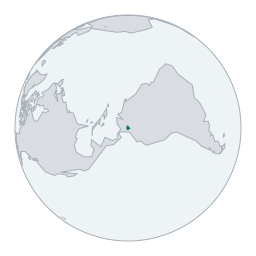 Caldas on an orthographic globe, rotated 286°
{"feature_id": "COL-1397", "entity_name": "Caldas", "entity_type": "Department", "adm_level": 1, "iso_a3": "COL", "parent_name": "Colombia", "parent_adm1": "", "projection": "orthographic", "projection_center": [-75.309, 5.29], "detail": "fine", "context": "on_globe", "style": "filled", "palette": "teal", "viewbox_px": 256, "rotation_deg": 286, "n_neighbors": 0, "source": "natural_earth", "source_scale": "10m", "svg_char_len": 8049}
<svg xmlns="http://www.w3.org/2000/svg" viewBox="0 0 256 256"><g transform="rotate(286 128 128)"><circle cx="128" cy="128" r="113" fill="#eef3f6" stroke="#a8b0b8"/><path d="M122.4,122.0L119.8,120.8L117.1,124.2L108.1,118.7L104.9,112.1L77.5,101.5L74.8,98.2L74.9,92.8L67.1,75.7L69.9,91.7L66.6,88.6L64.2,82.9L65.9,81.5L64.8,73.3L62.1,70.3L63.1,60.6L71.0,48.9L71.7,50.6L73.5,48.0L72.8,45.8L71.8,45.1L77.1,35.6L75.9,31.6L71.9,33.0L75.6,30.9L65.5,35.7L62.4,36.9L68.1,34.1L70.5,32.7L69.5,32.5L71.7,31.1L72.5,30.4L75.3,28.9L78.4,27.8L80.2,26.9L79.4,26.8L81.6,25.6L82.5,25.7L86.5,23.6L92.4,22.2L92.5,25.2L98.0,24.4L104.0,27.8L105.8,26.7L109.1,27.8L112.3,27.1L112.5,28.3L114.9,26.8L114.2,25.8L114.9,25.0L116.8,24.6L117.3,25.9L116.5,26.2L117.6,26.5L117.1,27.3L118.4,26.7L118.9,28.5L121.1,26.2L123.8,27.3L123.4,28.7L119.9,29.2L110.2,34.8L108.7,37.0L110.1,39.2L120.2,41.8L120.0,44.3L122.3,47.1L124.1,45.2L122.9,42.5L126.7,40.2L124.7,37.4L126.0,36.2L125.4,33.5L129.3,33.4L133.4,34.8L134.1,37.2L135.9,38.1L138.4,35.6L142.6,40.2L150.5,44.0L151.2,45.4L147.0,48.2L139.2,48.4L133.7,53.3L141.1,49.7L142.6,54.0L144.5,54.8L146.7,54.5L147.6,52.8L148.9,54.4L142.1,58.1L140.8,56.8L143.0,55.5L139.3,55.8L134.7,58.9L135.8,61.2L127.7,64.7L128.4,66.5L127.0,68.4L126.4,65.2L127.3,71.2L117.9,78.3L119.0,89.6L113.7,80.9L109.3,80.0L104.0,80.3L104.0,82.1L96.9,81.0L90.4,85.0L88.1,94.0L90.5,101.0L98.4,101.2L100.8,97.2L106.7,96.3L102.5,107.0L112.7,108.4L111.7,116.5L114.6,120.6L119.7,119.5L125.0,121.4L128.8,116.6L134.8,114.0L135.0,120.5L138.3,114.5L141.7,117.6L153.7,117.1L152.8,118.6L162.9,126.1L173.7,129.2L176.2,134.0L174.9,137.0L178.6,137.7L178.6,139.7L193.1,142.1L200.2,146.6L199.8,153.4L193.5,161.5L187.0,177.9L175.4,183.5L172.0,190.0L162.1,199.3L155.1,198.8L156.6,203.2L152.3,205.9L147.7,206.2L146.5,209.3L143.0,209.4L145.0,211.4L139.0,215.3L140.2,218.4L135.7,221.4L136.6,223.1L135.0,223.1L133.3,223.7L133.0,224.7L128.4,223.1L127.6,219.1L129.6,217.0L127.5,216.7L131.8,211.3L129.4,212.4L130.7,204.0L134.4,196.9L137.5,175.6L135.2,171.4L126.7,166.4L116.4,150.3L119.2,143.5L117.0,140.4L124.4,130.8L122.4,122.0ZM22.9,93.3L23.8,90.7L23.6,92.3L22.9,93.3ZM24.1,89.2L23.8,90.1L24.0,89.4L24.1,89.2ZM24.0,88.8L24.0,89.1L23.9,89.0L24.0,88.8ZM23.9,88.4L24.0,88.5L23.9,88.4ZM118.4,93.5L130.1,98.9L123.5,99.7L124.7,98.6L121.8,96.4L116.3,94.4L110.5,95.7L118.4,93.5ZM24.0,87.2L24.1,86.8L24.3,86.6L24.0,87.2ZM123.6,87.1L121.6,86.7L123.5,86.6L123.6,87.1ZM71.1,45.1L72.5,45.9L72.4,48.6L70.9,47.9L71.1,45.1ZM71.7,40.7L73.0,40.5L70.8,43.0L70.8,42.3L71.7,40.7ZM68.5,34.5L69.2,34.6L67.7,35.0L68.5,34.5ZM72.2,30.5L71.3,31.0L72.1,30.5L72.2,30.5ZM123.3,33.8L124.4,33.7L123.9,34.2L123.3,33.8ZM122.1,32.8L120.9,33.6L120.1,33.3L120.9,32.8L122.1,32.8ZM77.0,27.7L78.6,26.9L77.5,27.5L77.0,27.7ZM123.8,32.0L118.9,32.6L117.6,32.1L119.5,29.9L123.8,32.0ZM87.9,22.7L83.3,24.6L82.3,25.2L81.5,25.4L79.8,26.2L82.7,24.9L87.9,22.7ZM113.1,25.8L114.0,26.7L111.6,26.3L113.1,25.8ZM111.3,25.8L102.6,26.6L102.2,25.3L105.2,25.1L103.2,24.0L107.3,22.9L109.3,23.3L108.7,24.3L110.7,23.1L111.3,25.8ZM92.1,21.2L93.5,20.8L92.7,21.1L92.1,21.2ZM115.1,24.6L113.3,24.8L112.8,23.6L116.2,23.0L115.3,23.5L115.1,24.6ZM100.7,24.3L100.9,23.5L104.2,22.3L104.8,21.8L107.3,22.7L100.7,24.3ZM116.3,23.6L117.9,22.8L119.8,23.0L116.7,24.3L116.3,23.6ZM111.3,23.5L111.2,23.0L112.3,23.1L111.3,23.5ZM127.5,23.9L125.4,23.9L125.0,23.3L127.5,23.9ZM118.3,22.5L117.7,22.4L117.3,22.2L118.7,21.8L118.3,22.5ZM109.5,21.9L110.8,21.7L108.6,21.5L111.0,20.8L112.3,21.6L112.8,21.0L113.5,20.8L113.7,21.7L109.5,21.9ZM118.9,20.8L121.3,21.9L125.2,21.9L125.7,22.4L119.3,22.3L118.9,20.8ZM115.8,21.2L117.8,21.0L117.4,21.7L115.8,22.2L115.8,21.2ZM112.2,20.1L108.2,21.0L108.1,20.8L112.2,20.1ZM120.1,20.6L119.4,20.4L120.4,20.6L120.1,20.6ZM114.7,20.1L113.3,20.4L113.2,20.1L114.7,20.1ZM119.4,19.8L120.2,20.1L119.1,20.4L119.4,19.8ZM117.3,19.8L117.5,19.5L118.3,20.3L116.7,20.0L117.3,19.8ZM114.8,19.8L114.3,19.8L115.4,19.7L114.8,19.8ZM123.0,18.7L124.2,19.7L121.9,20.2L121.0,19.1L123.0,18.7ZM135.9,226.4L128.8,223.7L132.8,224.9L135.9,223.4L139.6,225.4L135.9,226.4ZM145.0,222.4L148.4,221.5L149.1,222.0L146.9,222.7L145.0,222.4ZM211.7,52.6L206.6,47.9L208.8,50.2L213.9,55.1L213.7,54.9L216.8,58.8L214.2,55.7L208.1,50.3L208.6,52.9L214.5,63.4L213.7,65.0L210.6,64.0L203.2,54.6L205.8,52.1L203.2,49.3L198.2,46.0L199.4,45.7L197.7,44.3L198.3,43.5L194.6,39.4L194.5,38.5L188.8,34.4L188.0,33.6L191.6,36.1L194.1,37.6L193.3,36.2L191.9,35.2L188.2,32.8L188.4,32.9L196.7,38.8L204.5,45.3L211.7,52.6ZM185.7,31.2L185.0,30.9L184.9,30.8L185.7,31.2ZM182.7,29.5L178.4,27.3L174.6,25.4L173.2,24.9L179.5,28.0L182.0,29.4L184.0,30.4L190.8,34.8L192.0,35.9L185.1,31.8L186.0,33.1L180.2,29.8L166.7,22.4L163.3,21.1L163.8,21.2L173.4,24.9L182.7,29.5ZM233.7,166.8L235.8,160.7L238.0,152.0L233.7,166.8ZM238.3,150.9L239.3,145.0L240.0,131.2L240.1,122.9L239.6,119.8L239.0,121.2L238.1,117.6L237.5,117.9L231.6,123.5L228.2,119.2L220.1,104.9L219.9,98.2L217.0,91.2L213.5,65.4L216.1,65.9L217.2,60.7L217.9,61.2L221.3,66.3L224.6,70.1L228.6,77.4L232.1,85.0L235.0,92.9L237.4,101.0L239.1,109.2L240.2,117.5L240.6,125.9L240.5,134.3L239.7,142.6L238.3,150.9ZM218.6,77.5L219.6,79.6L218.6,77.5ZM154.1,117.0L155.5,118.2L153.6,118.3L154.1,117.0ZM122.6,102.3L125.0,102.4L126.3,103.4L124.4,103.8L122.6,102.3ZM143.2,102.1L146.1,102.6L143.1,103.2L143.2,102.1ZM131.9,99.6L141.0,102.0L135.3,104.0L129.6,102.6L133.5,101.9L131.9,99.6ZM122.5,90.8L124.0,91.2L123.6,92.4L122.5,90.8ZM125.0,87.1L124.4,87.2L123.7,86.3L125.0,87.1ZM143.0,53.8L143.6,53.6L145.9,53.7L144.9,54.4L143.0,53.8ZM155.4,50.4L157.3,53.0L155.2,51.5L154.2,52.8L148.7,51.5L151.3,46.1L151.1,48.7L155.4,50.4ZM142.0,48.7L145.2,49.8L141.6,48.8L142.0,48.7ZM187.6,38.2L189.2,38.7L191.2,40.4L191.3,42.5L188.5,39.9L187.6,38.2ZM191.1,39.1L184.2,35.0L183.9,33.9L185.2,35.1L185.7,34.8L188.0,36.8L194.4,40.1L196.6,42.0L195.6,44.2L194.8,42.3L193.2,41.8L191.1,39.1ZM167.1,29.5L164.1,28.5L167.3,27.2L169.7,28.3L170.0,30.2L167.3,30.0L167.1,29.5ZM128.1,28.4L126.7,28.7L126.6,28.3L127.6,27.6L128.1,28.4ZM126.5,24.0L133.8,26.8L132.6,27.2L138.3,28.8L137.4,30.7L133.8,29.5L137.3,32.3L133.7,32.0L136.4,33.9L128.4,31.1L125.3,31.2L129.1,30.3L130.0,28.5L129.5,27.8L125.6,26.0L119.3,25.7L119.2,24.2L120.8,23.3L122.3,23.1L121.9,24.1L124.2,23.2L124.7,24.5L126.5,24.0ZM139.6,17.5L138.5,17.9L143.2,17.8L143.8,18.5L144.3,18.5L146.1,19.1L149.2,20.0L149.0,20.3L150.3,20.5L151.5,21.1L153.3,21.6L153.4,22.4L155.5,23.1L154.4,23.1L158.0,24.2L155.4,23.8L156.7,24.8L158.6,24.6L155.2,29.5L155.8,32.4L157.7,35.2L152.9,34.5L148.1,31.7L143.9,28.4L144.0,25.9L141.8,26.3L141.2,25.3L143.2,25.4L139.8,24.6L139.9,23.9L136.1,21.9L131.2,21.6L129.7,21.0L131.7,20.8L128.8,20.4L131.5,19.6L130.5,19.3L132.0,18.3L136.4,18.3L134.9,17.9L136.1,17.4L139.6,17.5ZM123.5,18.4L128.6,17.8L131.4,18.1L127.4,19.7L128.0,20.1L125.5,21.6L121.5,21.3L122.6,20.9L122.7,20.5L123.9,20.7L123.0,20.2L124.5,19.7L124.2,19.2L125.9,19.1L123.5,18.4ZM216.5,59.1L216.5,58.5L218.4,61.0L216.5,59.1ZM212.5,55.4L212.4,54.9L215.0,57.9L214.8,58.0L212.5,55.4ZM210.0,52.2L212.1,54.6L210.9,53.4L210.0,52.2ZM191.2,35.6L190.8,35.1L191.6,35.6L192.9,36.6L191.2,35.6ZM153.7,18.7L152.6,18.6L151.9,18.4L148.2,17.8L147.4,17.5L149.4,17.7L153.7,18.7ZM152.3,18.2L150.8,18.0L151.3,18.0L152.3,18.2ZM146.7,17.2L147.0,17.1L146.9,17.4L146.7,17.2ZM144.3,16.5L143.9,16.5L143.1,16.4L144.3,16.5ZM93.0,20.9L93.5,20.8L92.2,21.2L92.7,21.0L93.0,20.9Z" fill="#d9dde1" stroke="#a8b0b8" stroke-width="1"/><path d="M129.3,127.1L129.3,127.3L129.3,127.5L129.2,127.5L129.3,127.5L129.2,127.7L129.2,127.8L129.1,128.0L128.9,128.0L128.7,128.0L128.4,128.2L128.3,128.3L128.3,128.2L128.2,128.3L127.9,128.4L127.9,128.5L128.0,128.5L127.9,128.6L128.0,128.8L127.9,128.8L127.9,129.0L127.8,128.9L127.7,128.8L127.7,128.7L127.4,128.7L127.2,128.7L126.9,128.7L126.8,128.4L127.0,128.4L127.0,128.2L127.3,128.1L127.3,127.9L127.2,127.8L126.9,127.8L126.9,127.6L127.0,127.6L127.3,127.5L127.5,127.5L127.5,127.4L127.4,127.3L127.4,127.2L127.5,127.1L127.7,127.3L127.8,127.2L127.9,127.3L128.0,127.6L128.3,127.5L128.4,127.4L128.5,127.3L128.6,127.2L128.8,127.1L129.0,127.2L129.3,127.1Z" fill="#14b8a6" stroke="#0f766e" stroke-width="1.5"/></g></svg>